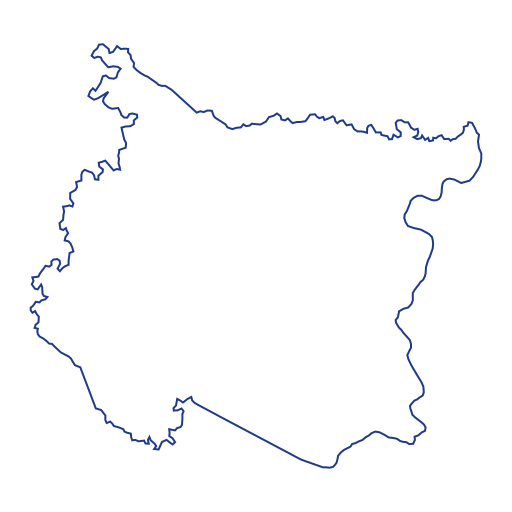 the district of Coronel Domingos Soares, Paraná, Brazil, rotated 90°
{"feature_id": "56859067B31393521005465", "entity_name": "Coronel Domingos Soares", "entity_type": "district", "adm_level": 2, "iso_a3": "BRA", "parent_name": "Brazil", "parent_adm1": "Paraná", "projection": "mercator", "projection_center": [-51.965, -26.173], "detail": "fine", "context": "isolated", "style": "outline", "palette": "blue", "viewbox_px": 512, "rotation_deg": 90, "n_neighbors": 0, "source": "geoboundaries", "source_scale": "gbopen_adm2", "svg_char_len": 5726}
<svg xmlns="http://www.w3.org/2000/svg" viewBox="0 0 512 512"><g transform="rotate(90 256 256)"><path d="M430.8,87.0L427.5,86.4L424.6,88.0L422.8,89.9L417.3,97.0L414.8,99.6L412.0,100.4L408.7,101.6L405.8,102.0L403.4,100.1L400.6,97.6L399.5,95.0L397.5,92.4L395.5,89.3L392.3,88.2L386.8,88.6L382.1,90.6L376.4,94.1L365.8,100.4L359.4,103.5L355.1,104.7L350.5,102.5L347.7,101.0L344.0,101.0L340.0,102.2L332.5,108.9L329.6,110.9L327.7,113.0L322.7,116.0L320.0,116.3L317.2,114.1L311.3,112.9L308.8,108.6L307.5,103.8L304.0,100.6L300.4,99.2L296.9,99.2L293.0,99.2L289.8,97.3L286.9,95.1L284.8,93.4L282.3,91.8L279.6,88.7L276.2,87.1L273.5,86.4L267.1,86.0L264.4,85.2L260.2,83.9L257.1,82.3L248.5,79.3L244.3,78.9L240.4,79.2L237.1,80.0L234.0,83.0L229.6,91.1L228.0,98.3L226.0,104.0L222.0,106.5L218.1,107.7L214.4,107.3L210.8,105.0L203.9,102.2L200.8,101.3L198.0,98.6L195.8,94.6L195.7,90.3L197.2,86.9L199.8,80.9L200.4,78.3L200.2,75.5L198.9,72.9L196.5,71.4L192.6,70.4L187.7,70.1L183.9,69.5L181.4,68.2L179.2,65.3L178.6,62.3L179.5,57.8L183.0,50.8L180.7,42.5L176.9,38.9L170.6,34.8L166.3,32.4L161.5,31.1L158.3,30.7L153.5,30.7L147.9,33.1L141.5,34.0L134.7,33.0L132.7,35.2L128.5,36.9L122.8,40.0L122.2,43.5L125.7,44.4L126.8,48.3L129.6,48.1L132.8,49.1L134.8,51.5L136.5,54.1L138.8,56.4L139.2,59.4L140.8,61.4L138.8,63.3L139.1,67.8L135.2,70.4L136.2,73.5L138.3,76.0L137.7,78.7L140.4,79.0L141.2,82.7L137.9,83.8L139.9,86.9L135.5,89.9L138.2,91.1L139.1,94.8L137.2,98.4L135.6,94.8L132.0,93.7L128.8,94.4L129.8,97.7L127.6,101.0L124.5,102.6L122.3,103.8L122.3,107.3L120.1,110.8L120.5,114.4L122.8,116.3L129.2,115.2L132.3,111.3L136.0,111.3L137.4,114.1L134.7,118.5L139.1,120.0L139.4,122.9L136.2,124.5L135.6,127.7L134.9,130.6L132.4,131.3L132.4,136.2L128.6,138.3L124.9,140.7L125.8,143.5L128.0,144.8L132.8,145.0L131.8,148.2L131.4,151.2L131.4,154.5L129.1,157.9L124.4,160.4L125.3,165.4L120.3,169.1L121.1,172.2L123.2,174.7L121.3,176.6L118.0,177.4L116.3,179.2L118.3,183.0L120.0,187.6L116.9,188.8L118.2,192.7L116.6,195.1L114.3,197.0L114.7,201.9L118.0,204.1L121.2,206.5L122.0,211.8L122.0,215.1L123.1,219.3L121.4,221.4L118.4,224.1L120.4,226.9L119.5,230.6L116.0,231.5L113.5,235.0L115.8,238.5L117.1,243.0L121.5,246.0L123.2,249.0L124.5,251.5L124.2,255.3L123.7,260.2L125.6,262.4L126.1,265.9L124.3,268.6L127.4,271.1L127.8,275.6L129.1,279.7L127.4,284.5L124.4,286.4L121.6,290.7L118.0,296.4L116.0,298.3L110.8,300.1L110.5,304.4L112.0,308.2L111.3,311.9L112.6,315.3L89.8,340.4L85.9,346.6L85.9,350.1L84.9,353.4L82.7,355.8L79.7,360.1L76.9,364.0L75.4,367.5L72.9,371.6L70.4,375.0L67.0,378.4L63.0,378.0L58.7,381.0L55.1,381.4L52.3,384.0L48.9,383.8L48.7,387.4L49.0,391.3L46.1,394.9L49.7,397.4L51.9,399.0L53.0,402.5L49.0,403.3L44.3,409.0L44.6,412.9L48.6,414.9L51.2,418.1L55.8,420.4L58.0,417.7L56.7,414.3L57.4,411.2L60.4,409.9L67.3,403.8L66.3,398.9L66.9,394.1L68.7,391.4L72.4,394.1L77.4,395.6L78.7,398.2L78.1,402.8L75.5,406.1L76.3,409.2L83.0,411.4L90.8,416.5L88.3,419.1L91.3,421.8L96.0,423.6L97.9,420.9L99.7,418.0L98.2,413.9L91.8,403.6L98.4,408.4L101.3,409.0L104.1,407.3L107.3,403.6L108.8,399.9L108.0,393.8L112.6,391.4L115.1,390.6L117.6,387.7L117.6,384.7L114.1,382.6L113.5,379.5L114.7,375.0L117.5,374.7L120.4,378.2L124.0,378.1L126.2,381.7L126.5,386.5L127.6,390.5L139.4,387.8L143.1,385.9L147.7,386.3L149.9,392.8L152.4,392.9L155.5,393.8L158.9,393.0L163.4,393.5L166.8,392.4L169.7,391.9L169.0,395.3L170.4,398.4L163.2,404.5L160.6,406.8L162.0,410.3L162.7,413.3L166.6,412.7L169.4,409.1L172.1,409.4L175.7,413.6L179.8,413.6L179.3,417.1L175.4,417.9L172.7,419.8L171.5,423.3L169.8,427.3L172.0,429.8L174.8,430.6L180.5,430.6L182.1,435.9L187.0,434.9L190.0,436.6L193.0,441.8L195.5,441.8L198.8,441.9L203.5,438.6L206.5,439.6L205.4,442.5L206.3,445.9L206.6,448.9L211.7,447.9L214.5,448.5L219.8,448.9L223.2,452.5L228.9,451.7L230.0,448.8L228.1,446.1L230.6,445.4L233.1,443.9L237.0,446.5L240.4,447.3L241.4,443.4L243.7,441.4L247.5,439.7L251.5,438.6L253.0,442.4L260.6,443.4L264.8,443.4L266.2,446.8L267.9,449.3L271.2,452.1L268.6,454.4L263.9,451.9L260.6,452.4L259.1,454.7L259.6,458.7L261.7,460.7L264.7,460.4L266.6,462.6L265.8,466.5L268.2,468.0L272.9,471.7L276.6,473.6L277.4,479.7L280.9,478.5L284.3,480.2L288.6,477.2L289.4,474.4L286.9,472.6L284.5,470.9L287.4,469.8L293.6,469.5L296.0,468.1L297.0,464.6L299.3,466.6L300.4,470.6L302.4,472.6L301.8,476.2L306.0,479.1L307.6,481.3L310.4,481.3L312.8,479.5L311.1,476.9L314.3,475.2L316.6,473.2L322.3,473.5L324.7,476.3L327.9,477.4L328.7,474.1L331.3,474.7L334.3,474.1L336.6,472.3L338.5,468.7L341.1,465.4L343.6,462.8L343.9,460.0L346.7,457.3L352.3,451.3L356.6,443.2L358.6,441.0L361.8,439.2L365.2,437.0L367.3,431.7L408.4,416.2L410.0,410.9L415.5,406.6L420.0,406.7L423.0,405.3L421.6,401.8L423.5,399.8L426.0,398.2L427.7,392.3L429.2,388.7L431.6,387.5L432.7,385.0L433.6,381.2L437.3,380.8L440.3,379.8L439.9,376.7L441.3,373.4L440.6,367.9L443.5,366.5L443.7,363.2L440.0,364.1L437.0,362.6L440.3,361.3L443.7,357.4L446.1,355.8L449.0,357.8L449.5,353.4L441.9,350.0L439.9,345.4L443.0,341.5L444.4,339.3L442.1,336.9L438.2,339.5L436.1,342.7L432.9,342.4L429.2,342.8L430.4,337.0L428.0,334.8L427.1,331.5L424.8,330.0L418.8,329.6L414.0,329.6L411.2,328.4L408.5,330.5L410.3,334.2L410.6,338.2L408.1,338.5L405.5,336.0L398.9,334.8L400.5,331.8L402.5,329.0L399.0,324.5L397.0,320.7L400.5,319.8L403.0,317.2L405.1,313.5L414.8,295.4L416.6,292.1L455.2,219.2L456.5,216.8L459.7,210.7L467.3,189.1L467.3,186.3L467.7,182.3L466.9,179.0L465.0,177.1L462.8,175.5L459.2,174.5L455.7,173.9L452.7,171.3L450.0,168.2L446.6,161.5L444.0,159.9L443.1,156.4L441.5,153.4L440.0,149.6L437.2,146.2L435.3,142.9L433.0,140.2L431.6,136.6L432.3,132.5L434.7,127.7L437.5,123.2L437.9,119.1L438.8,114.9L441.0,111.9L441.8,109.2L442.2,105.6L444.0,102.9L443.8,98.8L440.0,97.1L436.7,97.4L435.4,93.7L432.4,90.3L430.8,87.0Z" fill="none" stroke="#1e3a8a" stroke-width="2"/></g></svg>